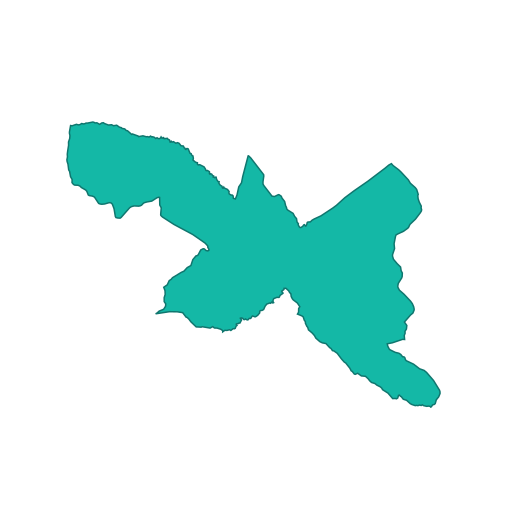 Businga, Équateur, Democratic Republic of the Congo, rotated 191°
{"feature_id": "63176286B10859728267394", "entity_name": "Businga", "entity_type": "district", "adm_level": 2, "iso_a3": "COD", "parent_name": "Democratic Republic of the Congo", "parent_adm1": "Équateur", "projection": "orthographic", "projection_center": [21.02, 3.443], "detail": "fine", "context": "isolated", "style": "filled", "palette": "teal", "viewbox_px": 512, "rotation_deg": 191, "n_neighbors": 0, "source": "geoboundaries", "source_scale": "gbopen_adm2", "svg_char_len": 6111}
<svg xmlns="http://www.w3.org/2000/svg" viewBox="0 0 512 512"><g transform="rotate(191 256 256)"><path d="M55.0,141.6L54.3,143.5L52.7,144.3L51.9,145.3L51.6,149.2L49.8,152.6L49.1,156.1L49.5,157.9L50.2,159.2L58.0,167.7L66.4,174.3L69.2,175.8L73.9,176.5L80.7,179.9L88.5,181.9L89.5,182.7L90.6,184.7L91.5,185.2L92.9,185.1L95.1,187.0L97.1,187.8L101.0,188.0L106.5,189.5L107.5,190.1L109.5,192.7L110.4,194.9L105.6,196.8L96.1,202.2L94.2,202.4L95.3,206.2L94.9,208.7L95.4,210.4L94.4,213.0L94.7,216.6L97.7,219.5L93.1,227.5L91.1,229.9L90.5,232.9L90.6,234.0L91.5,236.2L93.4,239.0L95.6,241.1L103.4,246.7L108.7,249.8L110.7,252.3L111.1,253.5L111.1,256.3L108.8,262.2L108.6,263.7L109.1,267.2L110.7,269.2L112.0,272.8L116.1,275.5L120.4,279.0L122.0,282.0L122.2,283.5L121.4,289.7L122.8,294.4L122.8,301.8L122.6,303.3L121.3,304.5L115.8,308.5L112.2,312.4L111.7,313.3L110.9,316.4L106.5,322.6L102.9,329.9L102.2,331.9L102.3,333.2L103.1,334.7L103.3,336.5L106.0,340.0L107.8,343.2L108.7,346.1L108.5,347.4L111.0,352.0L112.7,353.5L118.4,356.9L120.9,359.7L129.8,366.2L132.3,367.8L138.8,371.0L140.7,372.5L143.0,370.6L146.1,366.8L160.5,350.7L172.2,338.7L179.9,330.2L186.7,321.1L189.9,317.6L199.9,307.8L206.0,303.4L207.9,301.7L209.1,299.9L211.6,299.2L212.1,298.7L212.2,296.5L212.8,294.9L213.2,294.8L214.4,296.0L215.1,295.6L215.8,294.0L217.4,292.5L218.4,292.4L219.4,293.2L220.6,294.8L220.6,295.8L222.2,297.2L223.4,300.5L225.6,302.2L227.7,304.9L233.9,307.3L234.8,308.1L235.4,309.6L236.4,310.8L238.3,315.0L241.5,317.8L242.6,319.5L244.9,320.5L245.7,320.5L249.2,317.9L251.7,317.8L261.6,326.5L262.8,327.9L263.3,330.1L263.6,335.9L264.0,337.3L279.9,351.3L282.4,352.9L282.8,352.8L282.9,351.7L284.2,331.4L284.2,325.1L286.1,320.6L286.3,312.3L287.1,308.1L289.2,308.3L290.0,310.7L291.0,311.3L292.1,311.1L294.1,311.8L294.7,313.0L294.7,314.2L296.7,315.9L300.1,316.7L300.8,317.5L301.3,316.3L301.9,316.4L302.7,318.0L304.6,318.7L306.3,320.3L306.4,321.9L307.4,321.8L309.3,323.7L310.2,325.8L310.8,325.7L311.7,325.0L312.2,325.5L312.9,325.3L312.9,326.5L313.9,326.6L315.1,327.9L316.4,328.1L316.7,327.5L317.4,327.9L317.7,329.7L318.1,330.0L320.1,330.7L320.8,330.3L321.5,330.5L322.2,331.7L324.0,333.6L328.6,334.9L330.1,334.4L331.0,334.9L331.3,336.4L333.2,336.5L336.2,338.2L336.1,339.8L337.0,342.2L337.7,342.3L338.9,343.4L339.2,344.1L340.4,344.3L343.0,348.2L343.9,348.4L344.6,348.2L345.1,347.2L345.7,347.3L346.2,348.2L347.0,348.4L348.3,350.1L350.6,349.9L352.9,351.9L354.6,352.3L356.3,351.4L358.8,352.5L360.1,351.8L361.1,352.5L361.6,351.5L362.0,351.4L363.1,353.4L364.8,353.9L365.5,354.6L368.4,353.7L368.9,353.8L369.3,354.6L369.7,354.6L369.9,353.9L370.9,353.8L371.9,354.8L372.3,353.5L373.2,352.8L374.4,352.6L375.7,353.2L376.8,352.2L378.7,353.2L380.4,353.3L380.9,353.0L382.4,353.6L383.7,352.3L385.2,352.5L386.4,352.1L389.9,352.4L394.0,350.8L394.6,351.3L400.6,352.2L401.2,351.6L406.0,354.4L407.5,354.5L409.1,355.7L411.8,355.7L412.7,356.3L414.6,356.4L417.7,357.8L420.7,356.7L422.8,357.3L425.8,356.4L429.9,357.1L431.3,357.7L432.9,357.1L434.6,355.4L437.6,356.4L439.4,355.9L440.5,356.3L441.7,356.4L446.8,354.3L448.3,354.0L449.3,353.2L450.7,352.7L452.4,352.8L454.0,351.3L455.4,350.8L457.4,351.0L461.4,348.7L462.9,348.7L462.8,342.4L462.6,341.0L461.6,338.6L461.3,335.8L461.8,332.1L461.1,328.9L460.9,323.1L460.7,320.0L460.0,317.3L460.0,314.4L459.4,312.6L458.1,310.3L456.3,304.8L455.1,303.4L453.2,298.5L451.1,296.0L450.6,292.9L448.8,291.4L447.4,291.0L444.2,291.5L442.3,291.1L440.5,289.9L435.8,288.3L434.4,287.2L432.3,283.9L431.2,283.5L428.0,283.6L425.8,283.0L420.5,277.6L418.9,277.3L417.2,277.4L414.5,278.2L410.8,280.1L409.5,280.5L408.0,280.3L406.8,279.3L404.4,275.4L401.6,267.9L400.8,267.0L398.7,266.9L396.5,267.3L395.7,268.2L389.2,279.3L387.7,280.7L385.2,281.9L380.5,282.6L379.0,283.3L378.0,284.1L376.6,286.3L375.8,287.0L373.5,288.2L368.8,290.0L364.3,294.3L362.5,295.2L361.8,295.1L360.2,287.7L358.2,285.2L357.5,278.6L357.1,277.6L355.2,276.4L342.5,271.3L322.1,265.0L308.5,259.0L305.3,256.7L304.9,255.2L303.5,253.6L303.4,252.5L304.3,251.8L306.1,251.8L307.9,253.0L308.7,253.1L309.3,253.0L311.4,251.4L313.0,246.1L313.9,245.1L315.0,244.6L317.3,240.4L318.1,234.2L321.3,231.5L323.9,227.3L326.2,225.7L333.8,218.8L334.9,216.8L336.5,215.3L337.6,210.8L340.6,207.7L338.7,204.6L337.8,200.9L338.2,197.6L337.4,193.7L335.5,191.8L335.2,189.4L336.5,186.1L340.6,183.4L342.2,181.2L343.5,180.1L330.4,184.8L322.6,186.2L317.2,186.4L312.9,182.6L311.8,182.5L309.8,181.2L307.4,179.0L301.2,175.0L296.2,175.7L295.4,176.3L287.3,176.5L285.0,178.4L283.1,177.4L280.5,177.8L276.7,177.4L274.4,176.4L274.2,175.2L272.4,177.1L270.3,177.4L267.9,178.6L266.5,178.1L264.6,180.3L263.4,180.4L262.6,181.0L262.2,183.3L261.4,184.2L262.4,185.3L261.9,185.9L260.6,186.2L260.1,186.8L259.0,187.1L258.0,190.4L259.5,191.9L258.7,192.4L257.1,192.3L255.9,191.3L255.1,191.4L254.2,192.2L253.1,191.7L251.8,191.7L250.7,193.5L249.5,193.6L249.0,194.2L248.5,195.8L247.9,196.5L245.6,196.1L244.8,196.3L243.0,198.1L241.5,200.9L241.8,202.2L241.4,203.2L239.6,203.8L238.3,204.9L237.5,208.4L236.2,210.9L233.5,212.5L232.6,212.4L231.8,213.7L230.5,213.1L229.8,213.6L230.7,214.7L230.8,215.9L230.5,217.5L227.6,219.4L225.6,219.7L225.2,220.2L224.9,221.9L222.4,224.5L222.5,224.9L223.9,225.9L223.9,226.5L222.2,228.4L222.3,229.6L220.5,230.0L217.3,228.1L216.0,226.5L214.6,225.6L213.7,222.9L212.3,221.1L211.2,220.1L206.5,217.8L203.3,214.6L204.1,212.6L203.5,208.9L204.2,206.9L199.7,206.0L198.1,205.3L196.3,202.1L195.0,201.0L194.7,199.5L192.7,196.7L191.6,195.8L190.4,193.5L186.1,191.1L183.4,189.0L181.6,186.8L177.0,184.1L174.3,183.4L170.6,183.4L166.2,180.1L164.8,179.6L162.9,177.7L161.5,177.7L157.7,176.0L152.5,171.3L149.1,168.7L147.5,168.1L142.4,163.7L140.7,161.5L139.4,161.0L137.0,158.9L136.0,158.8L133.8,160.3L129.7,158.4L125.6,158.8L122.6,157.0L120.6,155.2L118.5,153.9L114.9,153.5L112.7,152.3L109.1,151.3L107.5,150.4L106.2,148.9L100.3,146.6L94.6,142.1L92.2,142.7L90.9,142.6L89.8,143.6L89.5,146.4L88.6,146.8L87.4,145.8L86.6,145.7L84.1,143.5L80.7,143.1L76.4,140.5L74.8,140.0L71.1,139.5L70.0,140.0L68.5,140.0L67.0,140.9L65.3,140.8L64.3,141.7L63.0,141.1L59.7,141.0L57.9,141.6L56.5,141.6L55.6,141.0L55.0,141.6Z" fill="#14b8a6" stroke="#0f766e" stroke-width="1.5"/></g></svg>